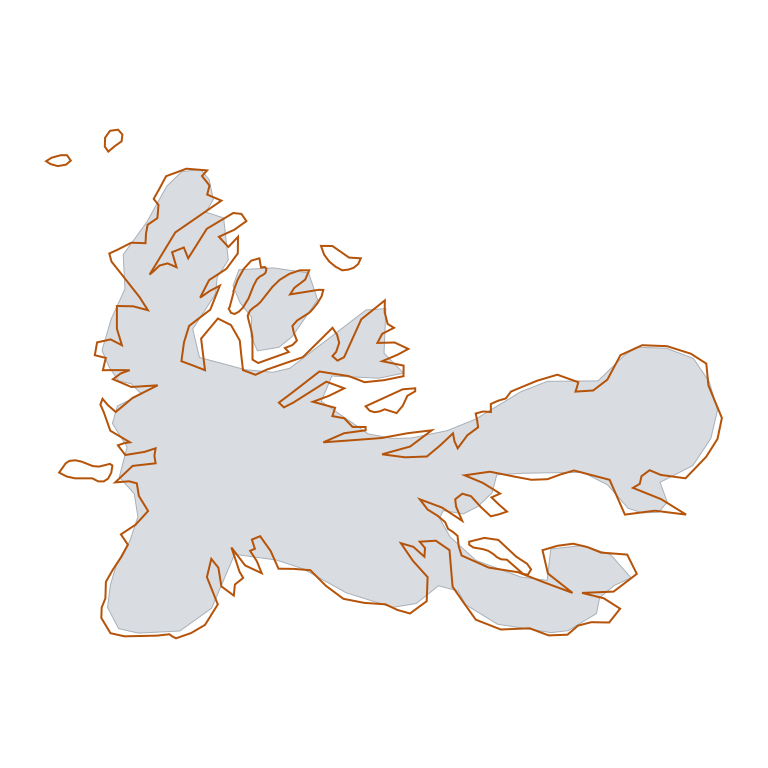 where Archipel des Kerguelen sits in French Southern and Antarctic Lands
{"feature_id": "ATF-5916", "entity_name": "Archipel des Kerguelen", "entity_type": "state/province", "adm_level": 1, "iso_a3": "ATF", "parent_name": "French Southern and Antarctic Lands", "parent_adm1": "", "projection": "equal_earth", "projection_center": [69.4, -49.144], "detail": "fine", "context": "in_parent", "style": "outline", "palette": "amber", "viewbox_px": 768, "rotation_deg": 0, "n_neighbors": 0, "source": "natural_earth", "source_scale": "10m", "svg_char_len": 6776}
<svg xmlns="http://www.w3.org/2000/svg" viewBox="0 0 768 768"><path d="M245.2,369.7L272.9,372.3L289.9,368.2L366.0,310.0L385.9,308.6L384.0,353.1L403.5,373.1L378.8,378.2L331.9,376.0L321.2,401.4L368.4,434.0L392.0,438.4L411.2,438.0L447.1,430.7L475.9,419.0L520.7,391.8L547.4,381.3L598.1,380.9L624.6,355.1L636.8,347.2L666.5,348.3L693.3,358.4L709.2,381.7L717.5,410.1L710.9,438.3L692.8,465.6L660.0,482.3L667.3,502.2L658.5,512.3L642.1,512.8L628.1,508.3L607.6,484.9L582.9,472.3L523.5,473.2L496.8,474.8L492.1,492.7L478.0,506.4L463.3,513.9L443.2,510.6L439.5,518.2L450.1,536.9L476.1,560.5L520.8,577.0L547.1,580.4L550.8,549.0L582.6,545.4L610.7,554.7L631.0,577.8L614.3,585.4L599.6,597.7L596.5,613.5L567.9,630.7L551.0,632.6L497.5,624.2L465.7,604.7L458.1,591.0L438.5,585.8L416.2,603.5L392.5,607.4L346.1,592.7L303.2,568.9L276.3,560.0L234.6,554.3L211.6,608.2L179.8,631.0L138.5,633.1L118.6,628.6L107.6,607.5L110.4,584.9L116.9,563.2L129.8,541.1L137.9,516.8L134.3,493.9L119.3,477.1L127.1,447.0L112.4,423.4L117.4,406.0L141.4,394.1L131.2,383.7L118.4,380.9L109.2,367.1L102.0,350.4L111.2,319.0L125.0,288.8L123.2,254.6L146.7,222.3L166.8,186.1L181.9,171.6L200.8,169.5L209.1,179.6L213.3,199.4L205.9,212.2L223.6,218.0L228.3,260.0L217.2,277.2L215.6,293.8L192.7,329.1L199.5,357.5L245.2,369.7ZM278.9,347.3L257.5,350.8L251.0,336.5L251.7,317.5L239.9,302.4L233.1,285.6L239.0,269.7L273.3,267.9L308.6,273.0L317.6,299.8L292.2,336.5L278.9,347.3Z" fill="#d9dde1" stroke="#a8b0b8" stroke-width="1"/><path d="M715.3,402.1L721.9,418.0L717.5,438.9L706.2,456.8L685.5,478.3L660.7,474.9L649.6,470.2L641.5,476.2L639.8,483.8L633.0,487.9L661.2,499.2L686.1,514.6L654.9,510.7L624.9,514.6L609.6,479.8L574.0,470.5L560.7,474.4L547.4,479.2L531.5,479.8L515.5,476.8L489.9,471.7L464.7,475.3L482.8,482.9L500.1,493.6L495.8,495.5L491.5,497.4L499.1,504.7L507.0,511.6L498.7,514.4L490.8,516.3L480.7,506.9L471.0,496.2L462.3,493.7L455.2,499.3L456.1,506.7L462.2,520.8L441.9,507.5L419.8,499.3L427.6,509.5L437.7,515.8L445.2,522.2L448.0,528.8L453.0,532.0L457.5,535.8L458.7,546.2L461.6,555.5L488.7,567.6L517.9,572.2L545.0,582.7L572.5,592.9L547.9,573.5L542.5,550.2L557.4,545.8L573.2,543.7L587.5,547.1L601.2,552.6L627.2,554.6L636.8,573.9L613.6,591.6L582.0,592.9L603.8,598.3L620.1,608.7L609.2,622.5L591.3,622.2L578.0,625.6L567.5,634.7L548.6,635.4L529.7,628.3L500.8,629.5L475.8,619.7L463.8,602.9L452.6,586.7L451.0,568.2L449.5,550.1L435.8,540.7L419.7,541.7L425.0,548.0L424.4,556.7L413.3,546.8L400.9,543.2L412.9,560.8L427.6,577.1L426.7,601.2L410.0,613.5L397.3,609.9L385.4,604.3L364.4,602.9L343.4,598.8L325.9,585.8L310.3,570.2L293.9,568.9L278.5,568.7L270.6,550.9L260.1,536.2L251.9,539.6L254.9,548.8L252.5,549.8L250.1,550.8L256.9,561.3L261.7,573.2L245.2,565.5L231.4,547.5L235.5,559.5L239.5,571.7L243.2,577.9L234.9,584.5L233.8,595.6L221.4,586.4L218.4,567.7L211.3,558.9L206.9,577.1L217.8,604.4L205.0,624.9L191.0,633.1L176.0,638.3L172.2,636.4L169.5,634.3L164.0,634.8L157.6,635.6L140.9,636.0L124.4,636.3L110.5,633.2L101.3,617.9L101.7,607.4L105.4,598.4L105.9,581.8L112.9,569.6L121.5,556.6L127.9,544.7L120.9,534.4L135.6,524.7L148.1,511.0L138.9,496.0L136.8,483.3L129.1,481.3L115.2,482.4L132.6,465.9L155.6,463.3L154.4,455.8L155.6,448.3L144.5,451.9L125.3,455.0L117.9,445.3L123.9,443.2L129.9,442.3L110.3,430.7L103.7,412.0L100.4,404.6L102.5,398.8L107.9,405.1L115.7,412.0L132.6,397.9L157.7,385.3L131.4,387.0L113.0,379.2L120.8,373.4L129.7,370.2L116.2,370.1L102.9,370.2L104.3,364.1L105.8,357.9L94.8,355.2L97.1,342.4L110.6,339.4L121.9,345.2L116.9,328.7L116.9,306.0L133.2,306.3L147.9,310.2L139.4,296.9L129.6,284.5L120.1,272.4L111.5,261.6L109.3,253.5L117.4,249.8L131.3,242.7L145.5,243.2L146.0,233.7L147.6,224.8L157.4,218.1L158.5,204.9L153.7,198.9L159.7,188.2L166.1,176.2L186.4,168.7L207.1,170.4L202.0,176.0L209.5,185.5L207.2,194.6L221.4,200.6L175.3,232.4L149.6,274.6L154.7,270.2L159.6,265.5L167.6,263.4L176.5,267.2L172.1,252.2L183.8,247.5L188.2,258.3L206.8,228.8L233.2,213.0L241.4,213.9L246.4,221.1L234.2,229.8L218.9,236.8L228.4,247.0L238.0,236.8L237.8,253.4L226.4,268.8L209.1,280.1L200.1,297.7L209.7,291.0L219.8,285.7L210.3,309.6L189.1,325.9L184.0,342.3L181.4,361.2L193.3,365.6L205.0,370.2L201.1,338.6L217.9,318.5L231.0,325.1L239.8,340.6L241.4,356.4L243.0,370.1L255.5,374.8L266.5,369.7L302.9,357.1L332.5,327.8L337.0,334.6L339.2,342.8L336.2,351.8L332.4,356.1L337.5,360.6L344.1,357.2L361.3,319.3L384.8,300.4L384.7,312.4L387.7,324.0L394.0,327.8L382.2,333.8L377.4,342.9L394.6,342.5L408.3,348.9L397.4,354.8L382.2,361.2L403.6,365.6L403.5,376.2L383.9,380.2L364.5,382.2L356.6,379.1L348.7,376.1L319.4,371.5L298.7,387.6L289.2,394.9L278.9,402.6L283.9,407.4L293.3,402.6L302.8,396.6L326.3,381.7L344.3,388.3L328.8,395.9L312.9,401.8L335.1,407.8L332.4,416.1L344.3,418.3L352.5,426.9L365.6,427.0L365.6,428.7L365.6,430.3L344.2,433.2L323.3,442.3L352.5,440.2L381.7,438.0L407.7,433.2L431.7,430.3L410.2,446.5L382.1,454.3L405.1,457.3L426.9,456.5L440.3,445.3L453.0,433.3L454.5,441.3L457.7,448.3L467.3,435.3L478.1,427.3L477.0,419.7L475.7,413.5L483.1,411.5L490.9,412.0L490.8,404.0L497.9,400.8L505.9,398.4L510.9,391.6L523.8,386.2L537.2,380.7L557.3,374.7L578.3,382.2L577.0,387.0L575.5,391.6L593.1,390.5L607.3,379.7L620.5,355.1L642.2,345.2L667.1,346.2L690.8,353.7L706.3,363.6L708.4,385.3L715.3,402.1ZM247.7,315.5L250.0,310.7L253.5,307.6L257.3,305.0L260.5,302.0L272.4,286.9L279.6,279.9L289.3,273.9L299.7,270.3L309.2,270.3L305.2,279.6L294.4,287.8L290.1,294.4L318.7,289.8L323.3,289.9L321.6,296.3L317.4,303.2L312.7,309.2L309.2,312.8L297.1,320.5L292.4,325.9L293.7,332.3L296.9,340.6L292.5,345.0L284.9,348.0L288.8,352.0L258.2,363.0L252.5,359.6L252.4,336.8L251.4,331.0L248.2,318.6L247.7,315.5ZM259.4,258.3L261.0,267.5L264.8,267.0L266.5,268.8L265.5,272.9L263.0,274.9L259.9,276.5L256.9,279.3L253.6,285.6L248.5,298.5L242.8,307.8L238.7,311.8L234.4,314.0L231.0,312.8L228.7,308.6L229.6,307.3L233.7,292.0L233.3,291.4L237.5,280.1L243.7,268.9L251.3,260.6L259.4,258.3ZM111.3,472.6L108.2,478.5L103.8,481.4L98.3,481.4L92.2,478.3L74.9,478.3L66.7,476.5L59.1,472.6L65.7,463.3L69.4,460.9L75.5,460.3L81.5,461.6L92.9,466.1L99.0,466.6L109.9,463.9L112.4,465.5L111.3,472.6ZM506.9,559.7L501.0,559.3L497.0,557.2L493.1,553.9L488.2,550.8L482.8,549.1L473.3,547.5L469.2,544.7L469.2,541.7L484.3,537.9L498.3,539.9L516.3,556.7L527.1,563.8L531.1,569.4L527.9,574.7L523.1,573.9L506.9,559.7ZM384.7,409.3L379.7,411.4L374.6,412.2L369.8,410.8L365.6,406.3L402.7,389.3L415.2,388.3L415.2,391.3L407.4,395.8L402.7,405.8L396.6,413.1L384.7,409.3ZM342.2,270.3L335.5,266.7L329.2,261.5L324.1,254.6L321.0,245.9L332.4,246.0L349.1,257.6L360.8,258.3L358.2,264.0L353.8,267.7L348.3,269.6L342.2,270.3ZM114.7,146.2L108.3,151.6L104.8,146.6L105.1,137.7L110.0,130.8L118.1,129.7L122.4,134.5L121.6,141.3L114.7,146.2ZM67.0,155.2L70.8,160.6L66.1,164.6L57.8,166.1L50.6,164.1L46.1,161.2L51.6,157.7L60.7,155.2L67.0,155.2Z" fill="none" stroke="#b45309" stroke-width="2"/></svg>